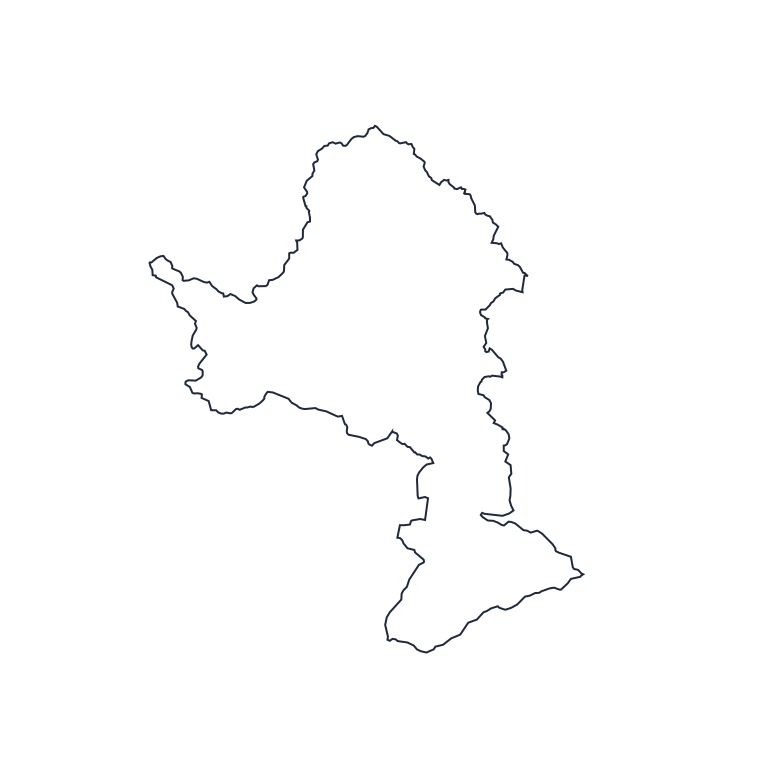 ZAM, Hunedoara, Romania (Mercator projection), rotated 297°
{"feature_id": "2599482B72694477410374", "entity_name": "ZAM", "entity_type": "district", "adm_level": 2, "iso_a3": "ROU", "parent_name": "Romania", "parent_adm1": "Hunedoara", "projection": "mercator", "projection_center": [22.46, 46.04], "detail": "fine", "context": "isolated", "style": "outline", "palette": "slate", "viewbox_px": 768, "rotation_deg": 297, "n_neighbors": 0, "source": "geoboundaries", "source_scale": "gbopen_adm2", "svg_char_len": 6154}
<svg xmlns="http://www.w3.org/2000/svg" viewBox="0 0 768 768"><g transform="rotate(297 384 384)"><path d="M304.9,647.9L304.8,645.9L306.5,641.3L305.5,637.5L306.3,635.5L314.9,629.0L313.1,616.4L313.1,613.1L313.5,612.3L315.3,611.4L317.7,607.1L322.4,593.0L322.9,588.3L322.8,587.0L318.2,582.2L318.3,578.2L317.1,574.6L319.3,564.3L318.9,560.1L317.9,557.5L312.4,555.1L311.8,553.0L312.2,548.6L311.7,543.5L309.5,538.4L310.2,532.3L311.2,529.7L313.7,529.9L314.0,532.6L320.4,549.5L325.4,554.3L330.1,556.8L333.3,552.5L337.5,548.6L341.7,547.4L348.5,544.2L357.5,537.6L361.8,538.2L369.2,533.6L370.0,527.3L377.7,526.6L378.6,521.2L383.5,518.6L384.3,519.8L386.3,520.9L392.4,520.4L395.8,517.9L398.0,513.7L398.3,512.3L397.7,510.6L398.3,510.6L398.1,509.7L399.1,509.3L399.4,503.6L399.0,499.5L402.0,499.5L405.2,489.2L407.4,490.3L410.3,490.4L415.4,488.1L417.5,485.3L418.0,479.7L419.2,477.8L418.0,472.7L420.7,470.5L424.8,468.9L429.8,469.1L430.3,469.7L432.3,469.3L435.8,470.4L438.3,473.6L438.7,475.3L440.5,476.5L443.4,484.2L443.7,486.4L445.2,485.7L445.9,484.4L447.9,483.6L448.6,485.2L451.4,486.9L457.9,479.8L459.6,476.4L459.7,473.7L463.5,464.6L463.7,462.0L460.4,462.5L458.9,460.7L459.2,459.3L460.8,458.5L462.3,455.9L467.0,456.5L472.6,452.1L480.8,451.3L485.8,447.6L488.1,446.7L489.1,447.1L488.5,444.3L489.2,443.4L489.4,439.3L491.0,437.4L492.6,436.6L494.3,436.7L496.5,440.7L502.2,442.5L504.8,442.6L507.0,443.9L510.8,444.2L516.2,446.9L517.1,446.3L517.8,446.7L519.5,448.6L523.2,449.2L527.3,455.7L527.2,459.3L528.7,465.8L530.3,464.6L544.3,460.0L545.1,461.4L545.4,463.2L546.7,458.8L546.2,457.5L550.0,451.9L550.7,449.5L550.2,445.3L551.3,443.3L551.4,438.8L550.5,436.5L554.6,435.6L556.7,434.4L559.5,428.0L562.5,424.5L560.8,422.8L560.8,421.1L558.7,415.8L562.5,415.7L565.8,414.5L576.0,414.4L577.0,411.1L577.3,407.7L579.4,406.1L581.5,402.1L580.9,399.9L581.0,397.3L582.0,395.8L579.9,393.3L578.7,391.0L577.9,390.4L577.6,388.8L578.5,387.3L584.2,384.0L589.2,377.3L591.0,375.9L592.0,374.2L590.1,369.6L591.2,369.2L590.9,368.8L594.2,368.3L594.0,366.2L593.1,364.9L594.2,363.3L590.7,360.5L590.5,358.9L590.0,358.1L590.9,357.0L591.8,352.0L593.2,349.7L595.1,348.8L593.6,347.1L593.1,344.8L589.8,343.3L586.5,343.0L587.4,334.0L589.0,332.6L589.4,329.8L592.5,325.7L593.0,323.8L595.7,320.6L599.5,319.9L600.4,319.1L601.4,314.5L601.5,310.0L602.6,307.2L602.5,306.1L607.3,304.3L608.2,302.0L610.3,299.5L608.7,296.9L608.8,295.2L609.5,293.9L605.7,289.1L605.5,288.0L606.4,285.4L606.1,284.0L607.5,276.1L606.4,270.1L609.9,260.9L609.9,258.7L607.4,258.3L606.3,256.6L603.9,254.7L600.0,255.3L596.4,254.6L595.0,253.5L593.0,248.2L590.4,245.1L587.4,243.7L580.1,242.4L578.7,241.6L577.8,239.3L579.1,237.1L579.2,235.1L576.2,231.7L576.1,228.5L573.5,225.8L570.8,225.6L569.1,222.8L565.6,221.9L561.5,219.4L558.0,219.3L553.9,223.3L552.2,223.4L549.7,221.3L547.7,221.1L542.6,225.0L538.9,224.8L536.8,225.8L530.0,222.9L522.9,223.5L520.2,228.4L518.8,229.1L515.8,228.7L514.2,227.1L513.2,227.5L506.9,233.3L507.2,234.1L505.8,234.8L504.3,238.9L503.0,239.0L498.7,242.5L495.2,244.3L493.4,242.4L484.7,241.7L478.1,245.0L476.6,245.2L473.5,243.4L472.0,240.6L470.5,242.5L464.2,246.0L460.0,244.0L458.5,241.0L457.4,240.2L452.7,242.6L444.7,241.1L439.2,243.6L437.7,243.7L431.4,241.5L426.2,237.5L424.3,234.5L419.4,235.2L417.5,234.1L414.1,227.8L414.2,226.0L410.1,224.4L406.0,225.2L404.4,227.3L402.4,231.4L401.3,232.0L398.7,231.0L395.5,227.9L393.4,224.0L393.5,216.9L394.8,211.4L394.4,206.3L391.1,204.5L389.2,201.6L391.7,199.7L391.2,198.2L391.3,194.4L392.3,192.0L393.3,186.3L395.8,182.0L394.1,180.5L393.1,177.4L392.8,169.5L391.8,166.4L387.7,163.0L384.9,158.5L385.1,157.4L388.2,156.1L390.8,152.6L391.4,150.7L390.8,143.3L391.1,142.4L392.9,142.0L395.8,138.5L395.8,134.7L396.3,132.4L398.0,129.4L396.3,126.9L393.3,124.4L386.8,121.6L386.1,120.2L385.5,120.1L382.8,122.5L380.6,125.7L375.9,128.5L376.9,131.5L375.6,132.5L375.8,150.4L373.6,153.3L369.6,153.6L368.3,154.4L362.4,162.9L359.4,165.0L360.2,172.0L359.1,174.7L359.0,176.8L357.0,179.6L354.7,187.9L351.9,188.2L349.1,191.5L347.6,192.0L340.3,191.6L334.4,193.2L331.6,194.3L329.4,196.0L328.8,197.6L329.5,198.8L334.2,200.7L331.7,207.2L332.2,209.2L329.7,212.6L318.3,210.3L315.2,210.4L313.7,211.4L313.9,215.4L313.0,216.7L309.2,218.5L306.8,218.1L301.5,214.7L298.6,208.2L296.7,206.5L295.3,206.3L293.6,207.2L293.2,212.4L289.2,217.2L289.2,218.8L291.1,222.1L292.1,225.1L292.1,226.4L288.8,227.8L289.2,235.5L282.2,241.9L284.4,246.5L283.4,249.2L283.7,252.4L284.9,254.7L287.0,256.5L288.1,260.5L289.3,261.7L294.4,263.5L295.5,264.8L295.5,267.1L300.2,271.2L301.1,273.0L303.2,275.1L303.7,277.0L304.7,278.4L309.9,281.8L314.4,283.5L316.6,284.0L318.2,283.2L321.4,283.3L324.2,283.9L326.0,288.8L327.5,305.6L325.4,310.2L325.3,315.7L324.5,319.2L324.9,322.3L325.7,324.8L331.4,333.8L331.4,337.2L333.4,344.9L333.9,356.7L334.1,357.8L336.5,361.1L330.5,367.4L330.6,368.6L329.0,370.8L324.5,372.5L323.4,373.5L322.7,375.4L325.5,385.5L326.7,392.8L325.7,395.5L323.8,397.2L323.4,399.3L323.6,401.3L326.9,402.2L337.1,411.6L345.5,412.8L344.7,413.2L345.4,414.3L345.7,418.0L344.1,419.9L339.9,421.0L338.9,426.5L339.0,428.2L340.1,429.4L338.7,433.5L339.5,435.8L336.8,442.1L337.3,442.7L336.3,445.5L337.4,448.0L337.1,450.7L338.3,453.8L337.7,457.3L339.5,458.4L338.9,460.2L335.9,463.8L331.6,458.5L327.5,456.8L321.5,455.5L317.7,455.4L314.0,456.7L299.6,464.8L297.7,466.7L301.9,471.8L302.2,475.1L281.5,482.3L280.1,477.5L275.2,470.9L274.0,470.3L270.6,470.9L267.5,466.4L265.4,462.3L253.1,465.7L254.0,468.4L253.0,471.3L250.8,473.8L248.3,479.5L249.9,486.4L248.0,488.2L245.5,499.0L243.8,500.4L242.9,500.3L238.7,497.2L221.2,495.3L213.6,496.5L209.1,495.0L205.2,494.9L199.8,497.3L183.2,492.8L177.4,492.4L169.9,494.4L160.7,502.2L157.7,503.2L157.8,505.7L160.8,507.3L161.8,510.5L161.1,512.8L164.3,522.1L164.5,529.2L162.5,533.9L162.6,538.0L164.0,543.7L170.2,548.8L173.3,549.0L178.5,555.0L187.9,559.4L195.3,565.7L209.5,567.4L216.3,573.7L225.8,576.3L228.4,578.7L232.7,581.3L237.6,586.3L237.0,588.0L237.5,592.2L237.9,594.3L238.8,595.5L242.4,599.0L248.0,602.8L258.5,606.1L261.6,610.0L266.4,613.6L268.3,617.0L270.9,618.5L277.1,624.4L279.7,627.9L280.5,634.0L281.1,635.0L289.8,638.2L295.2,639.0L301.3,646.4L302.6,646.6L304.9,647.9Z" fill="none" stroke="#1e293b" stroke-width="2"/></g></svg>